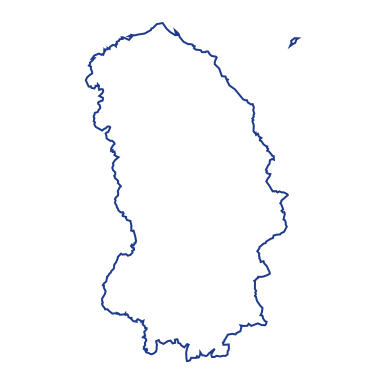 outline of Annobon, Annobón, Equatorial Guinea
{"feature_id": "11065452B47830871634702", "entity_name": "Annobon", "entity_type": "district", "adm_level": 2, "iso_a3": "GNQ", "parent_name": "Equatorial Guinea", "parent_adm1": "Annobón", "projection": "albers", "projection_center": [5.634, -1.431], "detail": "fine", "context": "isolated", "style": "outline", "palette": "blue", "viewbox_px": 384, "rotation_deg": 0, "n_neighbors": 0, "source": "geoboundaries", "source_scale": "gbopen_adm2", "svg_char_len": 5960}
<svg xmlns="http://www.w3.org/2000/svg" viewBox="0 0 384 384"><path d="M105.1,309.3L107.6,309.3L108.8,310.7L112.3,313.6L115.3,313.3L117.2,313.8L117.1,313.0L118.9,313.7L119.8,314.8L124.8,314.3L125.5,313.3L125.8,314.9L127.4,314.4L128.1,315.4L128.4,317.1L130.3,318.1L131.5,317.9L131.4,319.2L133.5,321.2L136.6,321.7L136.3,320.7L137.7,319.2L141.1,320.9L141.3,321.9L143.4,320.8L142.7,324.5L144.7,326.2L145.1,328.0L146.6,328.1L146.7,329.0L144.2,331.9L145.2,335.9L143.5,336.5L142.9,337.3L144.3,337.6L145.8,338.8L146.4,340.2L144.9,342.8L145.2,345.0L143.8,347.0L144.4,348.3L143.8,348.9L144.9,349.7L146.7,348.9L147.1,350.3L145.6,351.2L146.2,352.3L148.4,353.0L151.2,354.3L153.6,353.5L156.0,351.6L156.7,349.0L156.6,346.9L157.0,345.3L156.1,341.3L156.8,340.9L158.8,340.1L159.8,342.2L163.5,343.9L167.9,341.1L170.6,340.6L172.6,343.4L175.2,342.8L174.9,339.8L175.9,339.4L177.4,339.3L178.4,343.1L180.3,343.6L181.2,345.3L184.3,347.4L187.1,344.1L188.7,344.7L187.1,348.2L186.2,352.2L186.4,357.9L186.9,361.0L188.6,360.9L190.1,360.2L191.2,357.8L196.1,357.9L197.0,356.3L198.1,357.7L199.0,357.2L200.3,354.0L200.3,352.3L202.3,355.3L203.6,355.3L206.0,356.1L207.4,355.4L208.8,353.5L214.7,348.8L211.4,354.0L211.4,355.4L212.1,357.1L214.8,356.9L216.4,355.8L220.3,356.5L222.9,355.8L225.5,355.9L227.5,354.5L227.7,351.1L228.6,350.1L228.9,347.9L228.7,344.5L223.4,344.8L222.9,342.5L224.3,341.5L224.3,340.1L225.1,339.4L227.9,334.6L232.3,333.9L235.6,334.4L236.6,333.0L240.4,331.2L241.4,326.8L240.6,325.4L244.1,326.0L247.3,325.8L248.7,323.8L251.3,325.9L257.8,323.4L261.8,325.1L265.2,325.2L266.1,323.8L266.6,321.8L264.8,321.0L263.0,318.3L262.5,315.7L260.5,315.2L261.8,312.6L262.5,308.0L260.2,305.6L256.9,300.7L256.0,296.9L254.9,295.9L255.9,294.3L255.3,292.4L256.2,291.1L254.9,288.8L255.0,281.9L254.2,280.9L255.6,280.0L256.7,278.5L257.8,278.2L258.1,276.8L260.9,276.9L263.6,276.5L267.6,275.0L269.8,273.7L269.7,272.4L266.6,265.8L264.2,263.4L263.5,261.2L260.7,262.0L260.2,259.5L259.3,258.6L259.6,257.2L259.0,255.9L259.3,253.5L257.3,251.3L259.4,248.3L259.4,247.2L263.7,243.5L265.6,243.1L266.2,241.6L270.6,238.8L272.9,238.1L273.6,235.5L277.0,234.6L280.0,234.5L281.2,233.2L284.1,231.8L286.8,226.6L285.7,224.6L285.7,222.2L284.8,220.1L283.5,219.5L284.8,213.9L284.2,212.1L283.0,212.5L281.5,210.9L283.2,209.4L281.3,204.4L280.3,203.3L281.3,201.7L281.4,200.6L287.8,195.1L287.4,194.2L283.5,192.3L281.8,192.4L279.5,191.4L277.4,192.4L276.1,191.0L274.2,191.5L273.5,191.1L272.6,191.3L269.3,185.6L266.3,181.5L268.0,178.2L269.3,176.9L270.4,174.1L267.4,173.4L266.4,172.2L267.0,171.0L265.9,169.9L268.2,165.2L269.4,164.2L270.0,160.2L272.1,159.0L273.9,159.7L273.7,156.2L272.2,155.8L271.6,154.6L268.9,151.5L267.2,150.7L268.2,149.0L266.9,147.6L267.3,146.5L265.2,145.6L263.6,144.4L261.3,141.0L259.9,140.5L259.8,139.1L261.3,138.0L258.8,136.4L258.0,133.8L256.1,134.9L255.7,132.6L254.7,132.9L253.5,131.2L253.8,125.4L252.4,121.1L253.4,120.0L252.3,118.5L253.8,116.7L253.5,115.2L254.3,113.6L253.2,110.1L253.9,107.4L252.7,104.1L251.0,104.4L247.8,102.4L246.9,100.2L245.4,100.3L243.1,99.3L235.0,89.4L229.5,85.5L227.0,80.8L227.9,79.6L226.1,78.8L225.5,76.5L221.9,76.2L219.2,68.5L214.8,64.3L214.7,62.5L215.4,60.2L216.7,57.4L215.8,56.6L211.8,56.0L209.7,54.3L208.2,51.6L206.4,51.4L205.2,52.2L201.9,52.1L200.7,50.2L195.5,49.5L193.9,48.1L194.7,46.5L194.7,46.2L192.8,45.8L192.7,44.7L190.2,44.1L188.3,44.2L183.6,41.8L179.8,37.2L178.5,33.7L175.1,30.5L175.8,33.1L178.0,35.0L175.2,35.2L170.0,31.9L166.5,28.6L162.6,23.0L156.9,24.1L152.8,28.1L151.4,28.5L151.0,30.0L144.7,33.5L137.2,34.7L134.8,35.4L131.0,34.8L130.2,35.7L128.8,36.3L131.6,36.9L129.0,39.9L123.3,37.4L121.8,37.3L122.5,38.9L119.6,39.2L119.0,40.8L116.8,41.8L117.0,43.0L116.3,43.5L116.8,44.3L115.6,45.0L115.8,46.2L114.5,45.2L113.0,44.9L110.0,46.8L109.6,48.9L107.5,47.9L107.5,49.3L105.9,49.4L105.2,50.7L104.3,49.6L104.1,52.6L103.2,54.8L102.2,54.2L101.5,54.8L99.0,53.6L94.3,55.5L91.9,58.7L94.3,58.3L92.5,60.5L90.4,62.2L89.9,62.9L90.2,63.9L88.9,65.6L91.0,66.6L90.8,67.5L91.0,69.2L92.1,71.9L92.2,73.5L89.7,75.0L87.1,77.4L85.8,80.2L88.6,86.5L89.7,86.7L90.8,86.3L91.5,87.9L94.3,88.5L95.6,86.6L95.6,85.8L97.7,86.0L97.8,84.3L99.0,85.7L98.7,87.9L99.1,89.9L101.2,89.1L102.8,89.4L103.2,91.3L102.4,93.0L99.2,96.0L102.9,97.8L102.9,99.4L102.5,100.7L100.7,100.9L100.3,101.4L98.8,101.9L98.0,103.0L98.4,104.1L99.6,105.1L100.3,107.9L98.4,110.2L97.7,112.1L94.9,112.8L94.5,113.9L94.5,115.0L93.9,115.6L93.7,117.2L94.5,118.2L94.0,119.2L93.8,121.3L95.0,122.3L94.3,124.1L94.9,125.6L96.0,127.1L102.2,130.5L104.3,128.8L105.9,128.2L107.1,126.7L109.0,126.4L110.2,127.2L109.2,130.0L108.0,132.2L106.6,132.5L105.6,133.5L106.4,136.1L106.6,138.5L110.4,140.9L111.9,140.7L114.0,142.3L114.6,143.9L113.2,145.2L111.2,148.4L111.1,150.8L112.6,150.1L112.7,152.0L114.5,151.6L115.0,153.8L114.4,155.0L116.2,156.2L118.5,157.2L114.9,160.3L112.9,163.3L113.5,165.0L112.3,167.7L113.0,170.1L115.3,172.4L115.1,174.8L114.2,175.9L114.9,177.0L114.8,178.0L117.4,180.1L118.2,181.4L117.8,182.9L120.9,186.3L119.3,187.8L117.8,191.3L118.2,193.3L118.0,195.5L116.2,197.1L114.9,199.1L115.6,200.3L114.9,202.8L116.6,205.6L116.9,207.5L117.9,208.4L118.3,210.1L119.5,211.4L121.1,212.5L123.0,212.2L123.6,213.6L122.6,214.9L122.7,216.0L126.1,217.0L126.0,218.1L127.1,220.1L130.4,220.9L131.5,226.2L131.2,226.9L131.5,229.1L131.1,230.5L132.7,231.1L133.6,230.7L135.2,236.2L136.1,241.4L135.5,242.0L135.5,243.0L134.4,243.4L134.3,244.3L133.4,245.5L131.9,244.6L131.0,246.0L132.2,247.5L134.0,248.2L134.0,249.9L132.2,250.8L132.5,252.7L130.4,254.9L127.9,255.7L126.2,254.2L122.4,254.6L121.0,253.7L117.7,257.2L117.8,258.2L116.0,262.4L114.3,264.7L113.8,268.7L111.4,271.0L110.8,272.5L109.0,274.2L108.4,275.6L107.0,276.7L107.2,277.8L106.8,278.4L106.4,281.1L105.2,282.5L103.8,283.5L102.9,285.3L103.9,285.5L103.9,287.9L105.6,291.0L105.0,293.8L102.2,298.4L102.0,300.2L102.8,302.7L102.0,303.9L102.8,305.8L104.8,308.3L105.1,309.3ZM290.1,46.1L293.2,43.8L295.1,43.0L296.5,39.4L298.2,38.3L294.6,38.2L291.2,40.8L291.5,42.9L290.1,46.1Z" fill="none" stroke="#1e3a8a" stroke-width="2"/></svg>